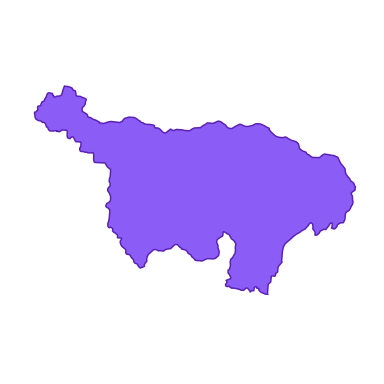 Hojancha, Guanacaste, Costa Rica, rotated 94°
{"feature_id": "36466004B12403637236294", "entity_name": "Hojancha", "entity_type": "district", "adm_level": 2, "iso_a3": "CRI", "parent_name": "Costa Rica", "parent_adm1": "Guanacaste", "projection": "natural_earth1", "projection_center": [-85.409, 9.974], "detail": "fine", "context": "isolated", "style": "filled", "palette": "violet", "viewbox_px": 384, "rotation_deg": 94, "n_neighbors": 0, "source": "geoboundaries", "source_scale": "gbopen_adm2", "svg_char_len": 6050}
<svg xmlns="http://www.w3.org/2000/svg" viewBox="0 0 384 384"><g transform="rotate(94 192 192)"><path d="M129.4,289.2L128.7,289.3L127.2,292.6L126.2,295.9L125.0,298.2L124.4,300.8L124.1,301.2L122.4,301.7L121.6,302.4L119.9,305.9L118.7,307.3L115.8,307.4L113.8,305.7L112.4,305.0L111.4,304.6L109.5,304.6L107.6,304.0L106.9,304.0L106.1,305.2L105.5,307.5L104.4,310.3L104.4,313.8L103.4,314.4L100.4,315.0L99.1,315.7L98.9,317.1L98.5,317.7L96.9,318.7L96.6,319.1L95.6,322.1L95.4,323.4L95.4,325.6L95.2,326.6L99.4,327.9L103.7,328.7L104.4,329.0L105.6,331.0L105.8,333.6L106.8,335.0L106.8,336.0L106.3,336.7L105.4,336.8L104.9,337.8L103.7,338.0L103.4,338.3L103.0,341.9L103.5,342.7L104.2,343.2L107.5,344.2L109.9,345.5L111.5,345.9L112.5,347.8L114.0,348.5L116.2,349.0L116.6,349.4L117.0,351.3L117.7,351.8L119.0,351.9L120.1,351.5L121.2,351.7L121.9,352.6L122.9,353.2L123.5,354.6L124.7,354.6L125.6,354.2L128.3,353.8L130.2,352.7L131.6,350.0L131.4,348.4L131.7,347.6L133.0,346.1L132.8,345.0L133.2,343.9L134.9,342.4L136.3,342.2L136.7,341.7L137.1,341.7L137.9,340.4L139.7,339.5L140.9,338.3L140.9,334.5L140.4,333.3L140.3,331.4L140.5,331.6L140.9,331.4L141.1,328.4L139.1,325.7L139.2,321.2L140.0,320.7L145.0,320.4L146.0,320.2L146.6,319.7L147.2,318.5L147.2,317.5L145.3,315.7L145.3,314.8L146.2,313.7L148.2,312.7L149.7,311.6L149.9,311.2L149.9,306.9L150.3,306.3L151.1,306.1L154.1,306.1L154.3,306.3L155.1,306.3L156.0,307.0L157.6,307.0L158.9,306.3L159.3,305.6L159.3,303.2L159.7,301.7L159.7,299.7L160.1,299.0L160.1,295.6L159.7,294.4L159.7,293.4L162.4,292.5L165.8,292.5L168.9,291.7L169.3,290.6L169.1,281.1L169.5,280.3L171.3,279.4L173.2,277.8L175.1,275.0L175.7,274.7L181.9,274.7L183.2,274.8L184.1,275.3L187.5,275.3L189.0,274.2L192.2,274.2L192.7,275.0L194.5,276.2L196.6,276.2L198.8,274.4L202.0,272.9L205.7,272.7L207.4,273.4L209.6,276.3L211.1,276.9L212.1,276.9L212.6,276.8L213.3,275.9L213.8,274.6L215.7,272.7L223.5,272.7L227.1,273.1L228.8,273.7L230.9,273.7L232.4,273.3L233.2,272.7L233.3,271.8L232.9,271.1L232.9,270.5L233.8,268.9L234.5,268.4L236.3,268.6L237.7,267.1L238.1,266.0L240.1,263.3L242.5,263.2L242.9,262.7L242.8,259.4L243.0,259.1L244.0,259.1L245.9,260.1L247.4,260.1L249.6,259.2L251.4,257.9L253.6,254.6L254.4,253.9L257.1,253.9L258.4,253.1L258.6,252.6L258.9,250.0L259.3,249.3L261.8,247.8L263.0,246.3L264.0,245.5L266.2,244.9L267.0,243.9L267.6,241.7L270.0,240.1L271.3,238.5L271.4,238.0L269.8,234.8L269.4,234.3L267.9,234.4L266.9,234.1L264.3,232.3L262.0,232.5L259.9,232.2L257.3,231.2L252.2,226.2L252.0,225.4L252.0,223.9L252.2,223.0L253.0,221.7L252.8,220.0L252.9,216.1L251.6,214.9L250.7,213.0L250.0,209.4L245.9,205.6L245.6,205.1L245.4,202.9L247.8,200.5L248.1,199.4L249.6,198.4L250.3,194.1L250.7,193.9L251.8,192.4L252.4,192.3L253.5,191.5L254.9,188.7L256.6,187.7L258.4,185.1L259.5,184.4L260.0,183.4L260.0,179.3L260.2,178.3L260.0,176.8L258.0,173.4L257.4,171.8L257.2,166.0L256.8,164.6L256.5,163.9L253.6,161.1L250.9,160.7L249.0,160.9L245.9,162.2L243.4,162.4L240.4,163.9L238.2,163.7L237.4,163.2L235.1,160.4L233.9,158.5L233.2,158.2L230.1,158.2L229.5,157.8L229.5,157.1L230.7,154.5L231.3,154.1L231.4,153.0L231.9,152.0L236.0,149.3L237.6,146.7L240.6,144.7L242.7,144.7L243.8,145.0L246.9,144.6L250.5,144.8L252.0,145.8L254.8,147.0L255.9,148.3L256.9,148.8L259.5,149.0L261.6,148.6L263.7,148.6L266.5,149.4L267.4,150.5L270.1,150.4L271.8,148.9L274.6,147.3L275.3,147.3L275.9,147.8L277.8,151.7L279.6,150.7L280.5,151.1L281.7,152.1L283.3,151.8L283.9,150.4L283.4,148.1L283.9,148.0L285.2,145.7L285.0,144.6L285.2,141.3L286.0,137.3L286.6,136.0L286.4,133.8L285.6,132.7L284.4,131.8L284.1,131.3L284.1,130.1L284.7,129.2L286.8,127.3L288.1,126.9L287.4,126.8L286.3,125.6L286.1,123.5L283.0,123.2L282.1,122.1L282.1,121.1L283.5,120.5L283.6,118.6L284.9,118.5L285.9,117.9L287.1,116.3L288.7,112.0L288.8,109.3L287.9,109.6L278.8,109.6L276.3,107.2L270.8,107.0L270.1,106.4L270.2,103.5L270.0,103.2L267.2,102.7L266.6,101.6L265.5,101.0L261.0,100.9L259.6,100.2L255.7,97.3L254.7,97.8L244.4,97.6L240.7,97.1L237.0,95.4L230.9,89.2L229.9,88.5L226.8,84.9L224.9,81.9L222.8,79.6L221.2,76.8L217.8,74.1L217.6,73.7L217.2,73.7L215.1,72.4L214.6,71.5L214.5,70.7L215.7,69.4L217.9,68.9L220.0,68.9L220.7,68.7L222.2,67.3L223.8,66.3L226.3,66.3L226.4,64.9L226.1,64.1L224.2,62.3L222.0,61.3L221.6,60.7L221.4,60.0L220.1,58.2L220.1,55.9L215.8,53.0L214.1,52.2L213.3,51.3L213.2,50.4L213.7,49.8L217.0,49.9L218.2,50.3L218.9,48.4L218.9,47.5L218.5,46.7L216.4,45.0L215.2,45.0L214.2,44.3L212.3,41.5L212.2,39.2L210.6,38.2L208.8,37.6L203.1,37.4L201.5,36.9L199.5,34.1L197.4,32.9L194.8,32.0L193.2,31.0L190.4,30.7L189.2,31.2L184.9,31.7L183.4,32.7L182.0,33.1L180.3,31.6L179.7,30.5L178.6,29.9L178.5,29.5L175.3,29.4L174.7,30.0L171.8,31.4L169.7,34.6L168.0,35.5L165.1,38.3L163.2,39.8L162.4,39.9L161.7,40.4L158.1,41.0L152.6,46.0L147.3,48.9L146.8,49.8L146.7,50.8L145.9,52.4L144.9,62.4L146.0,64.4L148.8,67.3L149.1,74.3L147.9,76.5L147.2,77.3L147.2,77.8L146.8,78.0L146.0,79.9L144.9,80.8L144.5,80.9L143.9,82.3L143.6,84.1L141.8,87.0L140.9,87.9L136.5,89.2L134.5,91.7L133.6,96.1L132.2,99.4L130.9,101.5L130.7,102.3L130.7,103.3L131.3,104.5L131.5,105.8L131.3,109.5L130.7,111.7L129.8,113.4L126.2,117.8L125.1,118.6L124.6,119.3L123.4,119.3L122.8,119.9L122.1,122.1L121.0,124.0L119.4,128.3L119.3,131.6L119.5,132.9L120.5,135.0L121.3,136.0L122.8,140.8L122.8,143.6L121.2,147.8L121.1,149.2L123.6,153.4L125.9,156.6L125.9,159.0L125.6,160.3L124.8,161.8L124.1,162.1L122.9,163.2L121.1,166.3L120.3,167.3L119.5,169.7L119.5,170.7L119.8,171.6L120.3,172.2L120.3,172.7L121.3,173.9L122.2,176.8L122.0,178.2L122.0,181.5L123.6,183.3L124.9,185.5L127.2,188.0L128.0,194.2L129.1,196.2L130.7,198.1L131.1,199.0L131.1,204.2L130.7,205.9L130.7,212.1L131.8,214.1L131.8,215.6L131.7,216.0L130.9,217.3L131.0,218.2L132.2,219.0L132.2,219.4L135.0,222.4L134.8,224.2L134.3,225.4L131.7,228.1L130.7,229.9L130.5,230.9L130.6,233.2L129.7,234.0L128.4,234.1L128.0,235.1L127.5,238.6L127.7,243.2L126.4,245.8L126.1,247.6L124.9,248.8L124.2,250.3L122.5,252.8L121.7,255.0L121.7,260.2L122.7,262.4L123.0,264.0L124.3,265.3L126.2,266.4L127.7,268.9L127.3,277.9L127.9,280.2L129.8,284.9L129.4,289.2Z" fill="#8b5cf6" stroke="#5b21b6" stroke-width="1.5"/></g></svg>